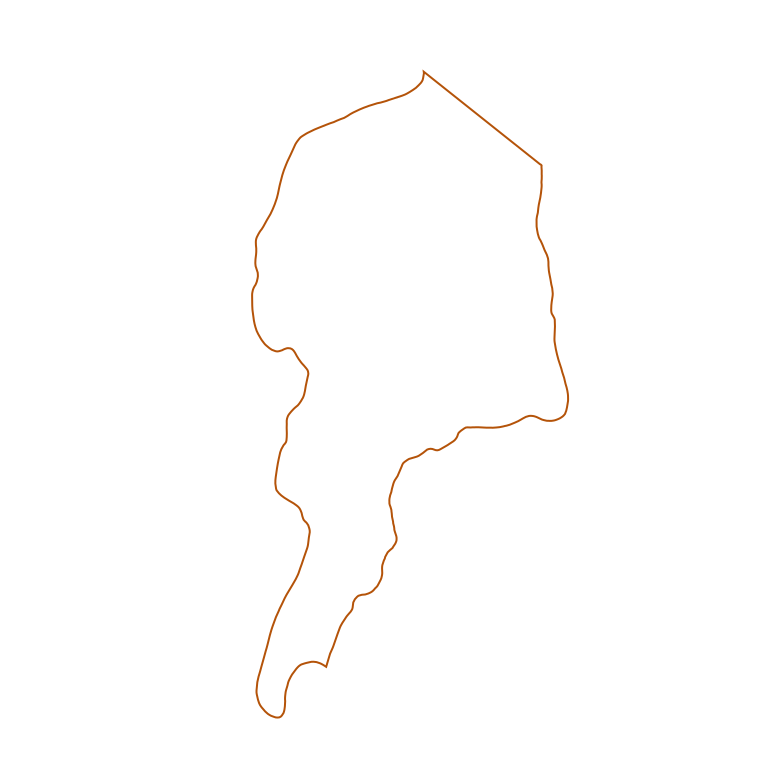 Myette Gardens, Micoud, Saint Lucia, rotated 72°
{"feature_id": "8701671B96600181049115", "entity_name": "Myette Gardens", "entity_type": "district", "adm_level": 2, "iso_a3": "LCA", "parent_name": "Saint Lucia", "parent_adm1": "Micoud", "projection": "albers", "projection_center": [-60.903, 13.818], "detail": "fine", "context": "isolated", "style": "outline", "palette": "amber", "viewbox_px": 768, "rotation_deg": 72, "n_neighbors": 0, "source": "geoboundaries", "source_scale": "gbopen_adm2", "svg_char_len": 6164}
<svg xmlns="http://www.w3.org/2000/svg" viewBox="0 0 768 768"><g transform="rotate(72 384 384)"><path d="M223.9,167.0L223.2,167.7L99.3,249.7L100.8,250.0L105.2,252.3L106.8,253.3L108.0,254.5L109.1,256.0L110.4,258.4L112.2,262.1L113.3,265.7L114.2,269.2L114.9,272.5L115.2,274.4L115.4,277.8L115.4,291.9L115.5,293.5L115.5,295.1L115.3,300.3L114.9,303.8L114.9,305.4L114.8,312.5L114.9,314.3L115.0,317.7L115.4,322.5L116.3,329.4L116.9,332.6L117.8,335.9L118.6,339.7L118.7,343.4L119.0,347.4L119.4,350.9L119.4,354.6L119.6,358.4L120.2,367.6L120.5,371.4L121.5,378.6L121.8,380.3L123.0,385.2L123.6,387.1L124.5,388.7L126.4,391.5L127.4,392.8L128.7,394.3L136.9,401.8L142.5,407.1L145.3,409.5L149.7,413.1L154.0,416.2L162.0,421.3L164.0,422.5L170.5,426.2L174.0,428.4L179.1,432.2L182.3,434.9L183.9,436.3L187.3,439.5L192.0,444.8L196.9,450.0L199.0,452.5L199.9,453.9L201.0,455.3L202.6,457.1L203.9,458.4L205.1,459.6L206.4,460.6L207.8,461.4L209.3,462.0L212.4,462.9L215.6,463.6L219.0,464.7L221.2,465.6L225.5,467.6L227.0,468.2L229.2,469.0L230.4,469.3L232.4,469.7L239.1,469.7L240.7,470.1L242.5,470.6L244.3,471.5L245.8,472.4L247.3,473.3L248.8,474.5L250.0,475.6L251.2,477.1L252.5,478.4L254.0,479.6L255.7,480.6L257.2,481.4L258.8,482.0L268.8,485.1L272.5,486.1L274.5,486.5L283.3,488.1L286.7,488.5L290.1,488.7L294.0,488.7L297.7,488.2L302.5,487.2L304.5,486.7L307.7,485.6L309.3,485.0L310.8,484.2L314.0,482.2L314.9,481.6L316.8,480.1L319.2,477.1L320.0,475.6L320.3,474.2L320.4,472.9L320.4,470.4L320.1,468.7L320.0,467.1L320.0,465.4L320.2,464.3L321.1,462.2L322.2,460.9L323.6,460.0L325.1,459.4L327.0,458.9L330.3,458.3L334.0,457.4L337.4,456.3L338.8,455.8L342.1,454.3L345.6,452.9L347.4,452.4L348.8,452.4L350.9,452.8L352.3,453.5L353.7,454.4L358.2,457.0L361.5,458.9L366.3,461.4L369.3,463.2L370.8,464.3L372.1,465.4L373.2,466.7L374.5,468.1L376.5,470.7L377.7,472.6L379.0,475.9L379.8,477.6L381.5,480.7L383.3,483.5L384.4,484.9L385.8,486.1L387.1,487.0L388.7,487.8L390.2,488.3L391.9,488.8L395.6,490.1L401.0,491.7L404.4,492.9L407.5,494.2L408.9,495.1L409.8,496.2L410.3,496.9L410.8,497.9L411.5,498.8L414.3,501.8L415.7,502.9L417.0,503.9L423.3,507.6L426.7,509.5L431.1,511.8L439.0,515.7L441.9,517.0L445.1,518.1L450.3,519.0L451.9,519.0L453.0,518.6L455.4,517.7L458.3,516.1L461.4,513.9L465.7,510.3L469.6,506.8L471.1,505.7L472.6,504.6L474.2,503.6L475.8,502.9L477.4,502.5L479.4,502.3L481.2,502.2L484.3,502.5L486.6,502.5L488.3,502.4L489.2,502.0L490.6,501.4L491.3,500.9L492.5,500.4L494.9,499.7L498.4,499.7L500.2,499.9L502.0,500.4L506.8,502.9L511.8,505.2L513.5,506.0L514.9,506.8L516.4,507.8L523.8,513.4L530.0,518.0L533.2,520.5L537.6,523.8L539.1,525.1L542.2,528.1L543.3,529.3L546.9,533.3L554.3,541.8L557.1,544.7L561.7,549.0L565.6,552.8L567.5,554.4L572.3,558.8L580.1,564.9L583.1,567.1L587.7,570.2L595.7,575.2L599.1,577.4L601.4,579.0L607.2,582.8L614.7,587.8L619.3,590.8L623.5,593.7L628.4,596.6L636.2,600.0L638.1,600.6L639.9,600.9L645.2,601.4L648.8,601.4L651.0,601.1L652.1,600.8L653.7,600.3L657.0,598.9L658.5,598.3L660.1,597.4L661.8,596.4L663.3,595.2L664.6,594.0L665.4,593.0L666.8,591.2L667.7,589.9L668.3,588.4L668.7,586.7L668.5,585.1L667.8,583.7L666.7,582.3L665.8,581.2L664.4,580.2L662.9,579.3L660.0,577.9L655.1,576.0L653.1,575.5L651.4,574.9L649.5,574.1L646.7,572.8L645.3,572.0L641.1,569.1L638.3,567.4L637.0,566.4L635.5,565.0L633.5,563.0L631.8,561.1L627.9,555.6L627.0,554.1L626.2,552.6L625.6,551.0L625.2,549.3L625.2,545.9L625.3,543.9L625.6,540.6L625.8,538.8L626.3,537.1L626.9,535.7L627.7,534.0L629.8,531.2L630.8,530.1L632.5,528.5L635.1,526.4L623.8,518.6L618.9,514.2L617.4,513.0L607.1,505.2L601.9,501.1L600.5,499.8L598.3,497.4L593.8,491.8L592.9,490.5L591.2,487.7L590.4,486.3L589.4,485.0L588.3,483.8L586.9,482.9L583.7,481.4L582.2,480.7L579.7,478.2L578.9,476.8L578.1,475.4L577.5,473.8L577.6,470.3L578.4,466.8L578.4,463.5L578.2,461.9L577.9,460.2L577.3,458.5L576.5,457.0L575.6,455.6L574.8,453.9L573.9,452.5L571.5,450.0L569.1,447.6L567.8,446.5L566.3,445.6L564.9,444.8L563.3,444.1L558.7,442.8L557.1,442.2L555.7,441.5L551.7,438.6L550.3,437.2L548.8,436.3L545.2,432.5L543.8,429.6L542.6,426.6L541.5,425.4L539.4,422.7L538.2,421.6L536.9,420.6L535.5,420.0L533.9,419.5L532.4,419.3L527.4,419.3L525.8,419.2L524.3,418.8L522.5,418.5L519.3,418.3L517.7,417.9L512.8,417.4L509.4,416.6L507.7,416.3L506.0,415.9L502.7,415.8L501.1,415.9L499.4,415.8L497.8,415.3L496.1,414.8L494.5,414.1L493.1,413.3L491.7,412.5L489.1,410.5L486.1,408.8L481.7,405.9L480.4,404.9L479.0,403.6L475.8,399.6L467.8,392.6L466.4,391.5L465.3,390.3L464.5,388.6L463.4,385.1L463.0,383.3L463.2,376.5L463.2,374.8L463.0,373.1L462.1,369.9L461.6,368.2L459.7,363.2L459.7,361.4L460.0,359.7L460.8,358.0L462.8,355.4L463.5,353.9L463.7,352.3L463.5,350.7L462.1,344.0L461.7,342.2L461.2,340.5L459.9,335.7L459.2,334.0L458.3,332.6L457.3,331.3L456.1,330.2L454.7,329.2L453.5,328.1L452.7,326.4L452.1,324.9L451.0,321.3L450.7,319.7L451.0,318.1L452.1,315.1L452.5,313.5L453.0,311.9L453.9,308.8L454.5,307.1L457.1,300.3L459.3,293.7L460.1,290.5L460.8,287.2L461.2,283.7L461.3,282.0L461.5,280.4L461.6,277.0L461.2,271.6L460.8,267.9L460.1,264.5L459.7,262.7L459.1,259.2L459.2,255.9L459.6,254.3L460.2,252.8L460.9,251.4L462.0,249.8L463.0,248.6L466.6,244.8L467.5,243.5L469.2,240.7L470.3,237.7L470.8,236.1L471.1,234.5L471.3,232.9L471.3,231.1L471.2,229.4L471.0,227.6L470.6,225.9L470.1,224.2L469.4,222.7L468.4,221.1L467.0,220.0L465.8,219.0L462.8,217.2L457.0,214.2L455.3,213.6L452.0,212.6L450.2,212.2L447.0,211.7L443.6,211.4L439.8,211.3L433.8,210.8L428.0,210.8L424.2,210.6L414.7,210.6L409.3,210.3L403.9,209.8L397.2,208.8L395.6,208.5L393.6,207.9L382.0,203.6L375.5,201.7L373.9,201.7L372.2,202.0L368.9,202.7L367.3,202.6L365.5,202.2L360.8,200.5L357.7,199.1L353.1,196.8L351.6,196.1L349.9,195.5L344.8,194.4L341.0,194.1L335.6,193.3L329.0,192.5L327.2,192.2L322.2,191.0L318.7,189.9L315.3,189.2L313.5,189.2L311.4,189.2L306.2,189.9L301.1,190.2L299.0,190.4L295.8,190.8L294.2,191.2L292.6,191.4L288.7,191.3L284.9,190.8L281.4,190.2L276.3,188.6L274.7,188.1L273.2,187.4L271.8,186.7L268.7,184.8L264.2,182.8L261.2,181.3L255.1,177.8L250.7,175.6L246.0,173.5L244.5,172.9L242.9,172.4L241.1,172.0L239.5,171.4L237.9,170.7L234.7,169.6L233.2,169.2L229.9,168.1L228.0,167.6L226.4,167.2L224.8,166.6L223.9,167.0Z" fill="none" stroke="#b45309" stroke-width="2"/></g></svg>